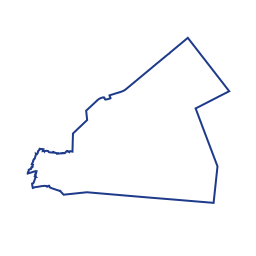 Harlingen, Netherlands (Robinson projection), rotated 174°
{"feature_id": "6326949B40723251176643", "entity_name": "Harlingen", "entity_type": "district", "adm_level": 2, "iso_a3": "NLD", "parent_name": "Netherlands", "parent_adm1": "", "projection": "robinson", "projection_center": [5.441, 53.126], "detail": "fine", "context": "isolated", "style": "outline", "palette": "blue", "viewbox_px": 256, "rotation_deg": 174, "n_neighbors": 0, "source": "geoboundaries", "source_scale": "gbopen_adm2", "svg_char_len": 3969}
<svg xmlns="http://www.w3.org/2000/svg" viewBox="0 0 256 256"><g transform="rotate(174 128 128)"><path d="M59.1,211.4L78.6,198.4L78.6,198.2L79.9,197.3L80.4,197.1L80.5,197.1L83.4,195.2L93.2,188.7L123.9,168.2L125.7,167.0L126.1,166.7L126.6,166.5L127.0,166.2L127.6,165.9L128.0,165.7L128.4,165.6L129.1,165.3L129.7,165.1L130.2,165.0L130.9,164.8L143.0,162.4L143.0,162.1L142.2,159.6L142.3,159.4L144.0,159.0L147.2,158.6L147.3,158.7L147.7,158.8L147.9,159.0L148.1,159.8L148.4,160.7L149.0,160.6L149.5,161.1L151.0,160.8L151.9,160.6L152.5,160.4L153.1,160.2L153.7,159.9L154.3,159.6L154.8,159.3L155.3,159.0L167.8,149.6L167.8,140.2L183.3,128.3L185.7,110.3L187.9,111.0L188.3,110.8L188.9,110.8L189.0,110.2L190.0,110.7L189.7,110.9L189.6,111.0L191.1,111.6L191.4,111.4L191.5,111.2L192.1,110.8L192.4,110.5L192.5,110.5L192.7,110.3L192.7,110.2L192.9,110.0L193.4,109.6L193.6,109.6L193.8,109.6L194.0,109.7L194.4,109.6L194.7,109.7L194.8,109.7L194.7,109.8L194.8,109.9L195.3,109.9L195.6,109.9L196.0,109.9L196.0,110.0L196.3,110.0L196.9,109.9L198.5,109.8L199.9,109.8L200.3,109.8L200.6,109.8L200.8,109.8L200.7,110.0L200.6,110.3L201.2,110.3L201.4,110.4L201.6,110.4L201.8,110.5L202.0,110.6L202.3,110.7L202.5,110.7L202.8,110.8L203.1,111.1L203.5,111.3L204.1,111.3L204.5,111.4L204.5,111.5L204.5,111.8L204.6,112.0L205.0,112.1L205.4,111.7L205.5,111.6L205.5,111.4L207.5,111.8L208.0,111.9L208.8,112.1L209.0,112.2L209.2,112.3L209.4,112.5L209.7,113.1L209.8,113.4L210.7,113.7L211.2,113.8L211.6,113.8L213.1,113.8L213.2,113.7L213.2,113.8L213.3,113.8L214.2,113.9L215.1,113.9L214.8,114.6L214.6,115.1L214.3,115.7L214.6,115.8L215.8,116.1L216.0,115.9L216.9,116.2L217.1,116.3L217.9,116.6L218.2,116.2L218.3,116.2L218.5,115.9L218.5,115.7L218.5,115.4L218.8,115.2L219.0,115.1L219.2,114.9L219.3,114.8L219.4,114.7L219.5,114.6L219.8,114.4L220.0,114.2L220.0,113.9L220.0,113.7L220.1,113.3L220.1,113.1L220.2,112.9L220.3,112.8L220.6,112.4L221.0,111.9L221.2,111.7L221.3,111.5L221.8,111.6L222.0,111.8L222.2,111.7L222.3,111.8L222.3,111.7L222.3,111.4L222.4,111.2L222.5,110.9L222.6,110.6L222.7,110.4L222.8,110.0L223.0,109.7L223.1,109.4L223.3,109.0L223.4,108.9L223.5,108.6L223.5,108.4L224.0,107.3L224.1,107.2L224.2,107.3L224.5,107.1L224.7,106.9L224.9,106.8L224.9,106.7L225.1,106.4L225.3,106.2L225.7,105.0L225.8,105.0L225.8,104.7L226.3,103.9L226.9,102.9L227.2,102.4L227.3,102.3L227.5,102.1L227.4,102.0L226.8,101.8L226.5,101.7L226.4,101.6L226.5,101.5L226.6,101.2L226.8,100.8L227.0,100.5L227.1,100.3L226.8,100.2L226.8,99.9L227.1,99.0L227.2,98.9L227.5,99.0L227.8,98.9L228.0,98.9L228.3,98.9L228.9,97.3L229.3,97.3L230.0,97.3L230.1,97.2L230.3,97.0L230.6,96.9L230.8,96.8L231.0,96.8L231.0,96.7L231.1,96.4L231.2,96.0L231.3,95.9L231.4,95.6L231.5,95.3L231.5,95.1L231.6,94.8L231.7,94.7L231.8,94.6L232.0,94.6L232.1,94.3L232.3,94.0L232.5,93.6L232.5,93.2L228.8,93.9L228.1,94.1L227.0,94.3L225.9,94.5L224.9,94.7L224.1,94.8L224.0,94.7L224.1,94.4L223.6,94.4L224.1,93.4L224.2,93.1L224.3,93.0L224.4,92.8L224.8,92.1L224.7,92.1L224.4,92.1L225.8,89.6L225.6,89.5L224.8,89.6L224.8,89.4L225.0,89.0L224.9,88.9L225.0,88.9L225.2,88.3L225.3,88.1L225.4,87.9L225.7,87.5L225.7,87.4L225.8,87.2L226.3,86.1L226.5,85.8L226.5,85.7L226.7,85.2L226.9,84.9L227.2,84.3L227.3,84.1L227.5,83.7L227.8,83.3L227.8,83.2L228.3,82.9L228.6,82.9L229.2,82.7L229.2,80.2L229.0,79.9L229.0,79.6L229.0,78.6L228.9,78.3L227.0,78.8L226.6,78.9L225.4,78.9L222.7,79.0L221.4,79.1L221.2,79.1L220.7,79.2L217.8,79.2L217.6,79.2L217.2,79.2L216.8,79.2L215.7,78.8L215.4,78.8L215.1,78.9L214.9,78.9L214.7,78.8L214.7,78.7L214.5,78.3L214.5,78.1L214.4,78.1L214.0,78.1L213.9,78.1L213.7,78.2L213.7,78.3L213.6,78.5L213.4,78.6L212.8,78.7L212.6,78.7L212.5,78.8L212.4,78.7L212.3,78.3L211.7,77.0L211.7,76.9L209.1,75.6L208.6,75.3L206.6,74.5L206.1,74.2L205.7,74.0L205.0,73.7L204.0,73.3L202.0,72.2L201.9,72.4L201.6,72.1L201.5,71.8L201.5,71.7L199.0,68.4L175.6,68.4L136.6,60.9L113.1,56.4L89.7,52.0L50.7,44.6L43.0,80.5L52.9,118.1L58.7,140.4L23.5,154.0L41.1,182.4L59.1,211.4Z" fill="none" stroke="#1e3a8a" stroke-width="2"/></g></svg>